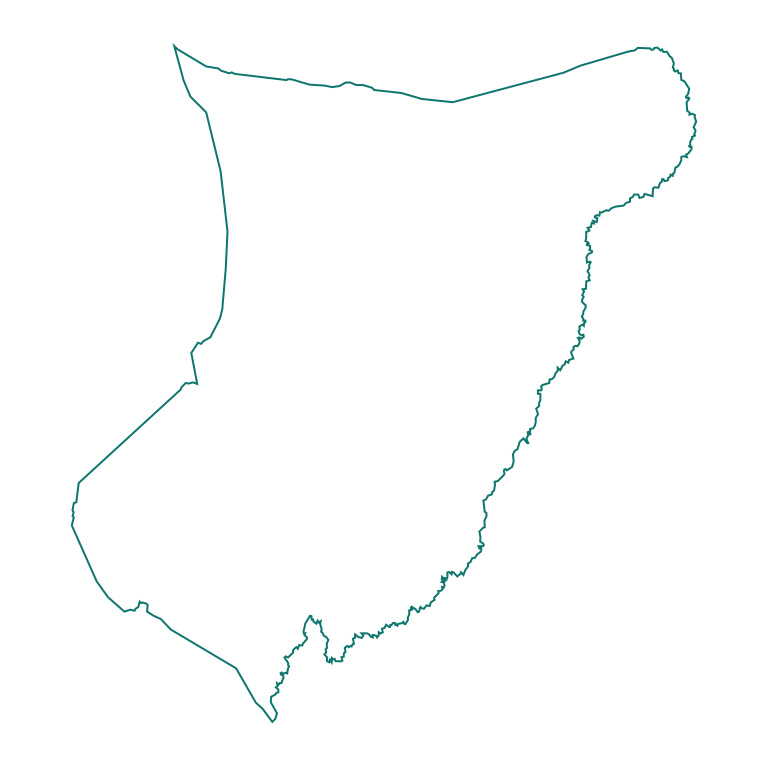 Sam Sung, Khon Kaen, Thailand
{"feature_id": "78962969B89494926735962", "entity_name": "Sam Sung", "entity_type": "district", "adm_level": 2, "iso_a3": "THA", "parent_name": "Thailand", "parent_adm1": "Khon Kaen", "projection": "equal_earth", "projection_center": [103.084, 16.556], "detail": "fine", "context": "isolated", "style": "outline", "palette": "teal", "viewbox_px": 768, "rotation_deg": 0, "n_neighbors": 0, "source": "geoboundaries", "source_scale": "gbopen_adm2", "svg_char_len": 6061}
<svg xmlns="http://www.w3.org/2000/svg" viewBox="0 0 768 768"><path d="M477.2,554.3L480.8,551.7L481.4,549.8L481.1,547.7L479.4,548.5L478.5,546.2L483.1,546.1L483.8,544.9L483.2,543.5L480.2,541.7L480.4,536.8L479.4,531.6L483.0,527.8L484.7,527.3L484.5,520.6L486.5,516.2L486.4,512.9L484.7,511.7L483.4,500.5L486.1,499.3L488.0,495.7L491.8,494.4L492.0,492.5L494.1,490.3L495.0,484.8L494.6,481.8L497.9,481.0L503.8,475.0L504.5,473.4L503.8,471.1L504.4,469.5L505.8,469.1L506.9,470.4L512.2,466.8L513.7,461.2L512.9,454.6L514.5,451.1L517.5,449.1L519.7,441.9L523.4,438.4L527.4,443.2L528.2,443.1L526.4,438.7L528.2,435.3L527.7,432.2L528.7,431.9L529.6,434.4L530.3,434.3L530.0,429.0L533.0,428.4L534.9,425.7L535.8,421.7L535.7,418.0L538.0,414.1L536.2,408.6L539.1,406.1L539.0,403.2L540.3,400.5L540.5,394.8L540.2,393.8L537.9,393.8L537.9,390.3L541.3,390.3L541.8,389.2L541.1,386.5L542.5,385.0L549.2,383.0L549.7,379.3L551.6,379.3L554.0,377.2L555.8,372.8L557.8,370.6L557.7,367.7L560.3,370.2L562.4,365.9L564.6,364.4L565.8,361.3L568.3,362.7L569.0,360.0L573.4,358.6L571.1,352.6L571.6,351.1L573.7,349.5L573.5,347.0L575.6,345.8L577.6,346.2L579.3,343.5L579.6,340.8L577.9,337.9L579.5,337.4L581.2,338.8L583.8,336.7L583.4,334.7L581.5,335.3L579.6,334.0L578.5,331.2L579.8,329.6L579.3,326.6L582.4,324.6L583.8,325.9L584.1,323.1L585.6,321.7L585.1,320.5L583.3,320.7L583.2,318.6L581.8,316.5L583.2,314.1L583.3,311.7L585.4,308.2L585.8,305.5L582.0,301.9L582.3,299.1L583.7,297.0L582.2,295.1L584.1,291.5L582.6,289.3L585.9,288.8L586.3,281.3L589.7,280.3L588.4,277.3L589.7,275.3L587.5,271.0L589.4,268.2L589.2,265.0L590.7,262.3L590.0,261.6L587.0,262.5L586.5,256.8L588.4,254.0L591.8,252.5L592.1,251.1L589.3,249.8L590.2,248.3L589.9,245.8L586.9,245.0L587.0,244.1L588.6,243.7L588.4,242.6L585.4,241.0L586.2,238.4L586.2,231.9L589.4,230.6L587.6,227.8L590.9,227.1L591.8,222.7L593.9,223.4L593.2,220.8L596.6,222.1L597.4,218.2L595.0,217.5L594.8,216.4L596.6,215.2L599.4,215.6L600.0,212.2L601.4,212.6L606.3,210.2L608.6,210.8L611.7,208.1L615.8,206.6L623.7,205.6L625.9,203.0L630.0,201.6L630.0,198.3L632.8,197.0L634.1,194.5L638.2,194.5L639.5,198.0L643.4,196.9L644.5,193.9L652.6,196.2L653.0,188.5L654.3,187.3L658.4,187.7L660.0,183.1L661.6,181.9L662.3,179.0L663.7,179.4L664.4,181.1L666.9,180.7L668.1,180.0L668.2,178.0L670.2,176.7L670.6,174.6L672.8,175.7L672.9,173.7L674.3,172.9L675.5,167.4L677.0,167.1L679.6,164.2L681.3,160.1L681.3,157.0L683.8,156.2L686.9,157.1L686.1,154.6L688.2,153.5L691.5,149.3L691.5,146.8L689.7,147.0L689.2,145.8L690.2,145.6L690.2,141.9L691.2,139.7L692.4,139.0L692.0,136.9L695.0,135.6L694.1,134.1L695.3,132.2L695.4,130.0L693.6,127.4L696.2,121.6L694.7,117.4L694.9,115.0L692.1,113.7L689.5,114.7L689.6,112.6L687.2,110.8L686.6,102.2L689.3,98.8L688.7,97.6L686.4,98.0L685.9,96.8L688.2,93.8L689.2,88.7L684.4,81.3L681.3,79.9L680.9,73.4L678.4,73.1L677.6,70.4L675.3,71.5L673.8,70.4L674.0,68.9L672.8,67.5L673.9,63.5L671.8,57.8L669.6,56.1L667.0,51.8L663.2,51.9L662.1,49.4L660.7,50.5L657.4,47.6L654.4,47.9L653.5,49.4L651.4,49.9L650.1,48.4L637.8,47.9L634.8,50.4L628.1,51.6L580.3,65.7L563.9,72.6L452.8,102.2L422.0,99.0L401.3,93.0L374.2,90.0L371.9,87.7L363.2,85.1L356.2,85.0L350.3,82.5L345.7,82.5L339.5,86.0L332.3,87.1L324.7,85.6L309.5,84.6L291.5,79.3L287.8,79.2L286.6,80.1L234.8,73.9L231.7,72.4L229.2,73.3L220.8,70.6L218.3,68.4L206.3,66.5L177.6,49.3L174.3,46.1L183.6,80.4L190.4,96.6L206.2,112.4L220.6,171.2L227.5,231.5L225.8,268.1L222.3,309.0L220.0,318.4L210.4,337.2L203.2,341.3L201.2,343.9L198.0,342.7L191.3,352.9L197.2,383.9L193.1,382.4L188.4,383.6L185.7,383.0L181.6,387.2L180.6,389.6L78.7,483.0L76.3,502.3L73.9,503.0L72.5,510.2L73.6,512.2L72.6,516.3L73.8,517.5L71.8,525.4L96.7,581.4L108.1,597.3L124.4,611.6L130.2,609.7L134.6,610.7L135.4,608.9L138.3,607.0L139.7,601.7L141.1,603.1L142.7,602.5L146.5,603.7L147.7,605.2L147.0,611.5L153.8,615.9L160.8,619.0L170.9,629.6L236.1,668.3L255.8,702.6L262.8,709.0L272.3,721.9L275.3,718.9L277.0,713.4L270.8,702.2L271.2,696.7L275.3,694.6L276.3,692.9L278.4,692.4L278.3,689.4L275.9,687.4L277.5,686.0L277.1,683.2L278.7,684.5L279.9,683.0L281.4,683.1L283.5,677.4L283.2,675.6L280.9,674.5L280.6,673.2L281.7,672.5L283.2,673.7L285.7,672.8L287.2,673.4L287.9,668.8L289.1,666.5L288.1,665.1L288.2,663.0L284.5,657.6L285.6,656.4L288.1,657.4L293.2,652.5L292.9,650.7L294.6,648.6L296.4,647.1L297.9,648.7L299.2,645.1L302.3,645.5L303.0,643.5L306.9,639.1L307.0,637.5L304.6,635.1L305.2,633.3L304.0,633.6L303.5,631.7L305.4,623.4L310.0,615.8L311.4,616.1L311.7,619.6L313.1,619.5L313.4,621.4L316.3,623.7L317.7,620.7L318.7,622.5L320.7,621.2L320.1,623.9L321.7,629.4L321.1,631.7L322.5,632.8L323.7,635.6L326.4,637.2L328.4,640.0L326.8,643.3L326.9,648.1L325.7,649.1L326.2,652.4L324.4,654.4L327.0,657.2L326.9,661.0L329.3,662.3L330.1,659.7L331.7,662.3L332.0,658.0L333.4,659.3L334.6,658.9L335.6,661.2L341.8,661.3L342.4,660.6L341.5,657.1L343.7,656.8L343.9,653.2L345.5,652.1L344.8,647.9L347.3,645.9L348.9,647.2L350.3,646.0L351.6,646.5L352.5,644.4L353.9,644.0L353.0,638.6L355.0,637.8L355.2,634.4L358.1,636.9L361.8,637.9L363.4,635.5L361.5,633.3L366.8,633.3L368.9,634.2L370.8,636.8L372.7,637.4L372.4,635.3L373.2,634.9L376.2,635.8L377.1,637.5L378.7,635.3L378.8,632.2L380.5,633.5L382.8,632.3L381.9,628.7L384.5,628.0L386.1,624.7L389.3,627.1L390.2,626.8L390.2,625.1L391.4,625.1L393.0,623.0L395.3,623.1L395.2,624.8L397.5,625.7L397.7,624.0L402.2,623.1L403.4,621.9L404.3,623.9L405.4,624.1L408.1,619.7L407.7,618.0L409.3,614.2L409.2,610.4L411.2,610.1L410.9,607.9L411.5,606.7L412.5,607.1L412.8,608.8L414.1,608.2L415.5,609.1L417.7,612.2L419.2,611.5L419.7,608.2L420.6,607.0L421.5,608.2L424.0,608.7L426.5,605.4L429.8,606.0L430.7,602.4L434.6,599.8L434.1,597.7L438.6,593.2L438.2,591.0L441.1,590.7L442.6,589.2L442.0,587.0L443.7,587.6L444.6,585.6L443.9,583.2L444.7,580.9L443.4,580.5L443.1,582.3L441.6,582.0L443.0,579.9L441.7,579.0L442.1,576.8L443.3,578.1L445.0,578.0L445.4,580.2L446.2,580.3L447.4,577.2L447.4,572.4L449.1,572.0L451.5,574.3L451.9,571.9L453.4,572.3L457.3,576.4L460.2,574.1L461.1,572.2L463.4,575.0L465.4,569.9L468.1,566.4L468.1,563.4L470.4,562.1L472.2,558.2L474.9,557.8L477.2,554.3Z" fill="none" stroke="#0f766e" stroke-width="2"/></svg>